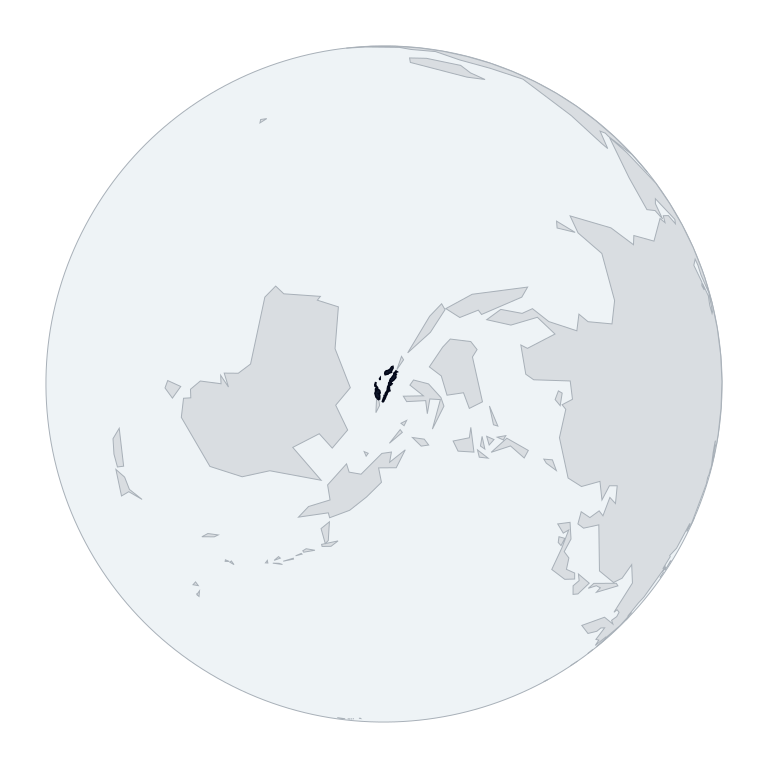 Nusa Tenggara Timur on an orthographic globe, rotated 118°
{"feature_id": "IDN-1235", "entity_name": "Nusa Tenggara Timur", "entity_type": "Province", "adm_level": 1, "iso_a3": "IDN", "parent_name": "Indonesia", "parent_adm1": "", "projection": "orthographic", "projection_center": [122.339, -9.496], "detail": "medium", "context": "on_globe", "style": "filled", "palette": "ink", "viewbox_px": 768, "rotation_deg": 118, "n_neighbors": 0, "source": "natural_earth", "source_scale": "10m", "svg_char_len": 8503}
<svg xmlns="http://www.w3.org/2000/svg" viewBox="0 0 768 768"><g transform="rotate(118 384 384)"><circle cx="384" cy="384" r="338" fill="#eef3f6" stroke="#a8b0b8"/><path d="M658.4,447.6L658.0,450.1L657.7,450.4L658.4,447.6ZM570.9,102.5L572.0,103.4L568.1,100.6L570.9,102.5ZM543.4,86.1L542.5,85.6L537.6,83.0L543.4,86.1ZM700.5,268.6L697.8,261.1L700.0,266.2L700.5,268.6ZM695.6,256.4L696.7,258.9L695.7,256.8L695.6,256.4ZM694.6,254.7L695.3,255.9L694.8,255.3L694.6,254.7ZM693.6,253.4L694.0,253.8L694.1,254.1L693.6,253.4ZM690.9,249.2L690.2,247.9L690.3,247.5L690.9,249.2ZM543.3,86.0L545.4,87.2L542.0,85.4L543.3,86.0ZM526.5,77.7L520.3,75.0L525.7,77.3L526.5,77.7ZM516.2,73.2L501.3,67.6L504.8,69.4L486.5,62.2L505.2,68.7L511.3,71.0L516.2,73.2ZM478.8,59.7L474.4,58.4L478.1,59.4L478.8,59.7ZM134.1,156.5L134.3,156.3L138.6,151.7L138.9,151.3L158.0,132.7L178.6,115.7L200.4,100.3L223.3,86.7L247.3,75.0L272.1,65.1L273.2,64.8L277.5,63.3L281.4,62.0L282.2,62.5L285.4,61.5L286.4,60.8L293.3,58.6L305.9,55.3L305.5,55.6L300.9,56.8L290.6,60.6L278.4,64.7L279.6,64.6L290.0,61.2L302.6,56.4L310.3,54.5L305.5,56.1L307.8,55.3L311.5,54.5L314.8,54.3L320.6,52.5L361.8,47.1L372.2,47.3L363.4,48.5L391.7,48.6L401.3,51.2L402.1,50.2L416.3,51.1L413.5,50.2L415.0,49.9L450.1,54.5L458.0,56.6L474.1,59.7L474.6,59.6L469.6,57.9L486.5,62.2L504.8,69.4L502.8,69.2L515.6,74.7L509.3,74.1L510.0,77.0L495.7,74.7L497.6,78.0L502.4,80.0L508.5,86.8L504.3,96.0L486.4,79.8L488.5,69.2L485.8,72.1L480.1,69.3L475.2,69.3L473.9,72.2L477.6,73.8L443.1,71.2L427.2,80.5L443.7,82.6L451.5,88.2L447.9,106.0L407.5,128.2L417.6,140.1L416.5,147.1L404.2,149.9L405.3,139.5L395.0,134.5L397.6,128.8L378.1,131.3L380.9,123.5L364.4,130.3L368.0,137.2L384.1,137.1L368.6,147.6L381.8,161.5L380.6,177.3L349.0,203.9L321.0,211.6L318.7,217.0L309.0,210.4L293.9,221.0L310.0,253.8L308.8,263.4L285.3,281.5L285.2,274.1L259.6,256.5L253.1,279.9L272.4,299.6L279.0,323.5L263.3,315.9L256.8,295.2L247.8,288.3L251.5,267.8L246.5,238.7L230.8,244.7L233.2,233.1L223.9,210.9L202.0,219.6L166.5,252.9L159.5,283.6L148.2,298.6L139.6,256.9L143.9,229.1L135.6,233.1L131.1,212.7L108.3,218.0L109.6,211.6L104.3,216.4L101.8,212.0L105.7,201.9L102.1,204.5L93.0,231.4L97.4,229.0L107.5,215.5L103.6,226.1L106.6,233.7L86.8,264.5L60.5,300.6L65.7,278.3L79.1,238.3L90.6,216.4L103.6,195.4L118.1,175.4L134.1,156.5ZM73.5,250.7L71.7,255.1L65.0,272.9L60.0,302.1L58.6,306.4L59.3,311.9L71.1,297.0L69.4,304.9L59.1,344.7L49.6,404.5L55.4,438.5L62.3,469.2L66.3,494.6L76.0,517.4L79.6,528.5L86.5,541.9L95.0,558.3L105.2,575.0L92.2,554.5L80.7,533.1L70.8,510.9L62.5,488.1L55.9,464.7L50.9,441.0L47.7,416.9L46.2,392.7L46.4,368.4L48.4,344.2L52.2,320.2L57.6,296.5L64.7,273.3L73.5,250.7ZM127.7,167.9L133.7,166.2L144.8,151.1L148.0,149.5L150.6,145.4L145.6,150.1L153.9,139.0L161.5,133.4L167.8,127.4L166.1,127.8L150.9,140.1L138.8,155.4L131.6,162.7L127.7,167.9ZM204.7,612.1L211.7,616.1L208.4,617.1L204.7,612.1ZM74.1,454.8L87.7,511.7L84.1,514.5L76.5,499.4L66.7,465.8L68.7,453.7L67.7,437.7L74.1,454.8ZM364.4,384.5L374.9,386.8L374.6,388.4L364.4,384.5ZM353.4,378.1L365.3,379.4L351.4,381.5L353.4,378.1ZM369.9,380.0L382.1,377.9L387.3,375.7L386.4,379.0L369.9,380.0ZM345.4,377.7L302.7,375.5L286.1,370.8L289.7,365.0L316.6,367.3L345.4,377.7ZM288.4,364.8L263.4,348.3L231.0,302.7L242.6,303.1L276.8,330.5L274.5,335.4L289.7,348.3L288.4,364.8ZM350.0,337.2L347.6,352.0L323.9,349.5L313.2,346.6L305.8,327.3L309.9,318.0L318.6,318.6L353.5,288.7L365.5,297.2L354.4,309.7L364.3,323.1L350.0,337.2ZM160.4,286.4L165.0,304.4L159.2,308.1L160.4,286.4ZM368.6,268.2L353.9,280.6L367.7,263.7L368.6,268.2ZM377.4,252.4L377.8,259.1L372.4,252.2L377.4,252.4ZM317.4,225.6L308.2,226.8L308.4,222.4L320.4,218.3L317.4,225.6ZM379.5,191.2L377.7,203.5L375.3,207.6L371.9,199.7L379.5,191.2ZM356.5,47.3L362.4,46.8L364.7,46.7L363.7,46.8L356.5,47.3ZM361.3,46.8L356.6,47.2L355.8,47.3L361.3,46.8ZM578.8,575.3L582.4,580.4L572.7,589.5L559.5,597.6L547.4,597.0L578.8,575.3ZM482.5,576.6L481.6,562.3L495.8,564.2L490.3,575.5L482.5,576.6ZM588.0,569.3L596.6,559.3L599.5,543.4L598.9,558.8L606.1,563.2L585.3,580.6L588.0,569.3ZM429.0,511.2L363.2,530.0L348.4,525.6L351.4,514.8L336.5,481.3L341.3,482.2L337.3,460.5L375.8,443.8L403.1,412.0L425.4,416.7L441.7,394.5L464.9,399.6L458.3,417.8L482.8,434.8L498.5,394.3L514.2,444.1L532.5,465.7L538.5,499.0L508.6,547.3L490.7,554.3L486.9,548.1L479.5,552.4L467.6,547.6L460.3,528.0L453.0,532.3L459.7,519.9L449.4,530.2L442.9,517.7L429.0,511.2ZM595.1,459.5L598.6,462.1L604.4,473.1L598.7,469.3L595.1,459.5ZM649.2,453.3L650.9,458.4L647.2,457.5L649.2,453.3ZM657.7,450.4L653.2,449.8L658.4,447.6L657.7,450.4ZM613.3,437.3L615.2,441.0L613.7,441.5L613.3,437.3ZM611.9,435.7L613.9,431.6L613.7,436.4L611.9,435.7ZM594.5,404.2L596.6,402.5L597.6,404.7L594.5,404.2ZM390.5,388.4L405.0,377.8L413.1,377.7L390.5,388.4ZM591.3,398.2L585.9,396.1L586.4,393.8L591.3,398.2ZM591.6,392.5L591.0,388.9L594.4,398.1L591.6,392.5ZM581.1,381.7L587.8,389.8L580.4,382.3L581.1,381.7ZM577.2,381.4L572.4,377.5L572.7,376.5L577.2,381.4ZM523.9,372.7L541.7,397.0L527.6,393.1L511.7,377.2L499.6,386.4L472.1,379.6L478.2,373.4L474.4,361.9L446.3,353.3L440.6,345.5L450.5,342.3L432.1,334.3L452.2,333.9L460.6,349.4L472.0,340.1L492.0,346.4L511.6,355.0L527.6,369.2L523.9,372.7ZM452.6,365.4L456.1,365.9L453.0,369.8L452.6,365.4ZM563.2,366.9L570.2,375.9L569.4,377.4L566.0,375.4L563.2,366.9ZM531.3,367.5L548.4,359.7L552.5,360.9L541.2,371.7L531.3,367.5ZM544.1,350.9L552.2,354.6L556.5,362.4L554.9,363.8L544.1,350.9ZM411.4,346.7L410.7,350.6L405.5,346.9L411.4,346.7ZM418.1,345.1L433.8,351.4L416.7,348.3L418.1,345.1ZM371.3,326.9L375.7,336.5L389.9,331.8L379.1,339.4L388.9,355.7L385.7,361.2L375.9,343.6L372.8,360.6L366.6,359.8L363.0,344.7L369.2,327.4L375.4,320.7L401.1,320.1L371.3,326.9ZM417.9,333.8L413.8,322.6L416.9,315.9L421.4,322.0L417.9,333.8ZM401.9,296.2L391.4,283.4L381.5,287.0L401.9,272.6L408.5,287.1L401.9,296.2ZM393.5,269.7L384.2,272.8L394.1,264.4L393.5,269.7ZM382.0,268.8L381.4,260.8L388.5,262.5L382.0,268.8ZM398.3,270.5L400.6,257.3L403.9,265.5L398.3,270.5ZM379.3,243.2L394.0,257.3L374.2,250.1L374.9,225.4L383.5,225.5L379.3,243.2ZM436.7,157.8L435.4,151.9L443.6,151.8L442.1,155.8L436.7,157.8ZM469.0,148.8L445.3,150.0L426.2,152.4L431.5,155.7L426.0,164.9L418.8,154.8L433.1,146.1L447.4,146.2L450.8,139.1L462.0,135.9L461.4,126.9L466.7,124.1L471.6,132.7L469.0,148.8ZM460.5,123.1L463.5,109.3L478.3,114.2L481.0,118.3L473.4,122.3L466.0,119.4L460.5,123.1ZM468.5,107.7L461.5,105.1L450.9,85.3L452.4,82.7L468.2,98.7L462.4,97.3L462.4,101.8L468.5,107.7ZM475.2,58.7L474.5,58.4L477.7,59.4L475.2,58.7ZM413.1,49.4L415.7,49.3L419.4,49.9L413.1,49.4ZM424.8,49.5L418.9,48.8L425.4,49.3L424.8,49.5ZM405.5,47.6L416.6,48.4L405.7,48.0L405.5,47.6Z" fill="#d9dde1" stroke="#a8b0b8" stroke-width="1"/><path d="M388.0,376.9L387.3,377.9L386.7,377.8L386.7,378.8L384.6,379.5L382.7,379.5L380.7,380.4L378.5,379.9L378.2,380.6L376.2,380.7L375.2,380.0L374.7,380.3L371.3,379.7L369.8,380.4L369.2,379.6L369.6,377.7L370.3,377.9L372.8,376.5L376.0,377.2L379.1,378.7L379.8,377.9L381.4,378.1L382.1,377.7L382.3,378.2L383.7,378.9L384.8,378.7L385.5,377.5L387.2,376.9L387.5,376.3L386.3,376.5L387.1,375.6L388.0,376.9ZM395.2,384.1L396.3,382.2L399.0,380.9L399.1,381.6L400.0,381.1L400.4,381.4L400.4,382.2L399.2,382.4L399.8,384.0L399.3,385.0L396.5,387.7L394.4,388.0L392.5,389.2L390.6,389.1L390.8,388.2L392.3,387.4L391.2,387.2L391.8,384.7L393.7,383.1L394.4,383.6L394.9,383.3L395.2,384.1ZM373.2,384.9L375.3,387.3L374.6,388.2L373.0,388.8L371.3,388.3L370.2,386.9L368.3,385.7L365.2,385.4L364.2,384.4L365.6,383.4L369.2,383.4L370.2,382.8L370.9,383.8L371.7,384.0L372.0,384.9L373.2,384.9ZM400.3,376.5L400.2,377.3L396.2,378.0L395.6,377.6L396.9,376.6L396.0,376.8L396.5,376.0L397.2,376.4L399.3,376.1L400.3,376.5ZM393.3,376.5L391.2,378.0L391.3,378.5L389.2,378.3L390.7,377.3L390.0,377.1L390.3,376.8L391.2,376.7L390.9,377.3L391.3,377.4L391.6,376.5L393.3,376.5ZM390.1,389.5L390.2,391.0L389.0,391.8L386.8,392.2L386.7,391.6L388.1,391.2L390.1,389.5ZM395.5,376.5L394.6,378.4L394.0,378.5L393.8,377.7L393.1,377.9L393.8,377.0L394.3,377.5L395.2,376.3L395.5,376.5ZM389.9,376.8L389.5,377.6L388.0,377.5L388.8,376.6L389.9,376.8ZM381.7,389.5L382.0,390.0L381.4,390.5L380.2,390.3L381.7,389.5ZM367.0,377.9L367.9,378.7L367.2,378.8L367.3,379.6L366.8,379.6L367.0,377.9ZM387.9,377.8L388.8,378.0L387.2,378.6L387.9,377.8ZM390.5,387.9L390.2,388.9L389.7,389.0L390.1,388.0L390.5,387.9ZM368.2,378.8L369.2,378.9L368.6,380.0L368.1,379.8L368.2,378.8ZM384.1,378.0L384.4,377.8L384.4,378.0L384.1,378.0ZM380.1,377.0L380.5,377.0L380.3,377.3L380.1,377.0ZM379.5,390.5L379.3,390.7L379.5,390.5Z" fill="#0f172a" stroke="#020617" stroke-width="1.5"/></g></svg>